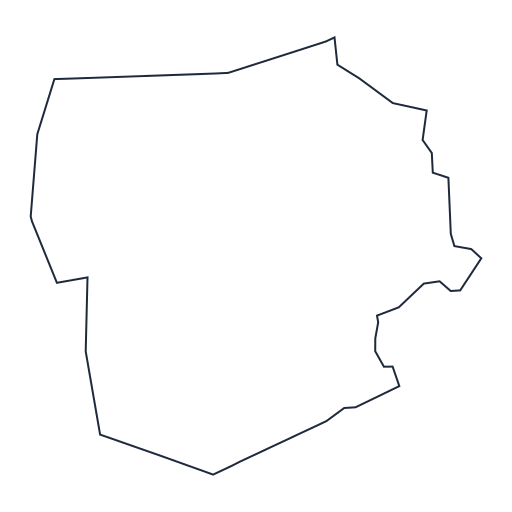 the district of Luzerne, Pennsylvania, United States of America
{"feature_id": "52423323B94155406981668", "entity_name": "Luzerne", "entity_type": "district", "adm_level": 2, "iso_a3": "USA", "parent_name": "United States of America", "parent_adm1": "Pennsylvania", "projection": "albers", "projection_center": [-75.889, 41.165], "detail": "fine", "context": "isolated", "style": "outline", "palette": "slate", "viewbox_px": 512, "rotation_deg": 0, "n_neighbors": 0, "source": "geoboundaries", "source_scale": "gbopen_adm2", "svg_char_len": 673}
<svg xmlns="http://www.w3.org/2000/svg" viewBox="0 0 512 512"><path d="M37.3,134.2L30.7,216.5L32.0,221.4L56.9,282.8L87.5,277.4L85.7,351.4L100.1,434.6L164.9,457.3L213.1,474.6L232.4,465.5L239.6,461.8L271.4,446.9L326.4,421.1L344.2,408.0L355.5,407.3L399.3,386.1L392.6,366.6L383.9,366.7L375.2,351.2L375.3,338.3L378.2,322.3L377.0,315.6L398.8,307.3L423.8,283.6L439.6,281.3L450.7,291.0L460.2,290.4L481.3,258.3L471.3,249.1L454.4,246.1L450.8,233.9L448.4,177.8L432.8,172.7L431.8,153.0L422.6,140.0L426.7,110.5L392.8,103.1L359.2,78.3L337.4,64.7L334.5,37.4L326.1,41.4L309.7,46.7L228.1,72.9L215.3,73.5L73.4,78.5L54.4,79.1L37.3,134.2Z" fill="none" stroke="#1e293b" stroke-width="2"/></svg>